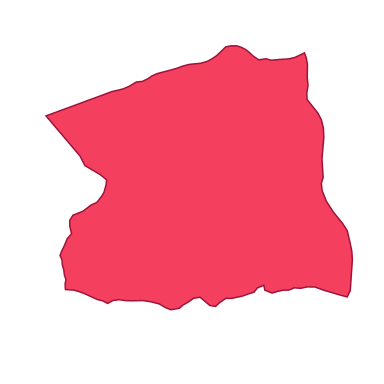 the district of Indiaporã, São Paulo, Brazil, rotated 78°
{"feature_id": "56859067B57389916946553", "entity_name": "Indiaporã", "entity_type": "district", "adm_level": 2, "iso_a3": "BRA", "parent_name": "Brazil", "parent_adm1": "São Paulo", "projection": "albers", "projection_center": [-50.258, -19.956], "detail": "fine", "context": "isolated", "style": "filled", "palette": "rose", "viewbox_px": 384, "rotation_deg": 78, "n_neighbors": 0, "source": "geoboundaries", "source_scale": "gbopen_adm2", "svg_char_len": 1621}
<svg xmlns="http://www.w3.org/2000/svg" viewBox="0 0 384 384"><g transform="rotate(78 192 192)"><path d="M79.3,53.1L81.7,63.0L81.9,69.7L80.5,79.3L79.6,87.0L77.0,92.1L76.6,99.3L71.5,104.1L67.3,107.0L63.8,109.9L60.8,113.6L58.4,117.6L57.1,123.6L57.1,128.9L60.1,133.6L63.9,139.9L66.0,145.1L67.3,149.4L67.9,156.4L66.6,168.3L66.9,174.8L67.8,181.0L68.3,187.8L68.7,197.1L69.0,202.0L70.2,207.3L72.1,211.8L73.5,217.6L72.8,223.6L75.6,231.8L76.8,237.6L77.0,242.6L77.1,249.4L87.2,319.0L133.6,294.0L144.0,291.2L155.9,278.2L162.3,273.0L166.8,274.4L174.1,278.2L177.6,281.5L182.4,287.2L183.7,293.3L188.2,302.9L189.9,313.2L194.3,317.5L200.0,318.6L207.8,318.5L211.7,323.7L218.6,328.5L222.8,331.8L226.6,334.3L231.2,333.3L236.0,334.0L241.7,333.6L246.8,334.1L251.3,333.5L255.7,335.3L261.1,336.1L263.3,328.2L266.2,322.8L269.2,318.1L273.6,312.2L277.4,307.1L280.0,301.8L283.5,297.7L281.7,291.9L282.2,285.5L284.5,279.4L285.9,273.5L288.0,262.6L290.9,254.9L294.7,247.3L299.6,241.9L302.8,237.1L303.1,228.4L300.7,224.3L299.1,219.1L296.3,212.4L296.6,206.0L301.7,202.0L306.7,198.2L308.8,192.7L306.0,188.1L303.1,180.9L304.3,175.5L304.3,164.4L303.4,157.7L302.9,152.2L299.4,147.9L298.2,141.1L303.1,141.2L307.5,134.7L307.0,128.9L307.0,123.1L308.1,117.6L307.0,111.8L308.8,105.8L308.8,99.0L310.5,91.5L315.5,83.5L319.2,76.6L323.3,69.1L326.9,62.0L321.4,57.7L291.6,49.2L283.2,48.0L274.7,47.9L262.1,48.2L254.1,51.2L241.5,57.7L229.0,62.5L217.6,64.4L210.5,63.7L205.1,60.7L186.7,58.0L166.0,51.7L156.8,50.2L148.4,50.4L141.1,52.4L125.5,60.2L119.2,59.2L112.1,56.4L104.1,55.5L91.5,52.6L84.5,52.3L79.3,53.1Z" fill="#f43f5e" stroke="#9f1239" stroke-width="1.5"/></g></svg>